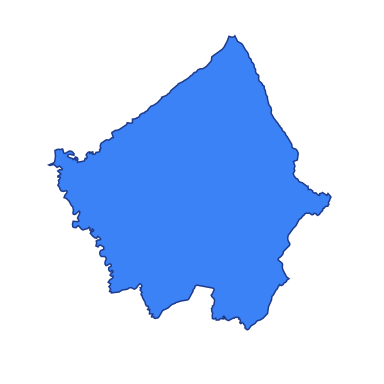 outline of Purbalingga, Jawa Tengah, Indonesia, rotated 79°
{"feature_id": "22746128B86887436396051", "entity_name": "Purbalingga", "entity_type": "district", "adm_level": 2, "iso_a3": "IDN", "parent_name": "Indonesia", "parent_adm1": "Jawa Tengah", "projection": "albers", "projection_center": [109.403, -7.327], "detail": "fine", "context": "isolated", "style": "filled", "palette": "blue", "viewbox_px": 384, "rotation_deg": 79, "n_neighbors": 0, "source": "geoboundaries", "source_scale": "gbopen_adm2", "svg_char_len": 6018}
<svg xmlns="http://www.w3.org/2000/svg" viewBox="0 0 384 384"><g transform="rotate(79 192 192)"><path d="M300.7,124.5L299.6,123.8L300.9,122.3L300.4,120.3L298.8,119.0L298.6,117.5L297.5,116.1L296.8,116.1L295.6,113.3L294.0,114.9L292.6,115.6L285.4,117.7L283.0,117.7L280.2,116.9L279.2,117.1L274.9,120.5L273.1,119.1L272.8,117.9L271.5,115.9L269.9,114.4L267.8,113.5L262.9,106.3L261.2,105.9L258.2,106.9L256.2,107.0L253.1,106.0L247.4,100.0L244.8,96.3L239.5,92.1L238.7,90.1L236.8,88.0L236.3,86.7L235.1,85.6L234.6,84.1L235.2,80.6L237.0,79.0L237.3,78.0L237.1,77.0L236.2,76.2L236.3,75.6L236.8,74.7L238.9,73.4L238.4,71.4L236.1,69.0L236.0,68.3L234.5,66.9L234.2,67.1L233.1,66.4L233.1,65.4L231.7,63.8L231.8,61.3L231.1,61.1L230.3,60.0L228.5,60.2L225.9,58.1L225.0,58.1L223.9,56.7L223.2,56.6L219.4,58.8L221.1,60.3L217.4,64.0L217.9,64.8L217.9,66.9L218.5,67.3L219.5,67.3L219.6,67.9L218.9,68.9L216.4,70.6L216.6,71.6L216.0,72.5L215.0,73.4L213.8,73.5L212.0,75.2L211.8,77.4L208.5,77.0L208.5,77.9L204.0,81.9L202.5,84.8L199.3,85.9L198.8,87.0L195.9,88.7L193.1,89.1L190.6,87.0L188.8,87.4L186.2,86.0L181.4,86.6L180.7,82.5L174.6,80.4L173.6,80.4L171.3,81.0L169.7,81.9L168.5,84.3L167.1,85.2L164.2,85.0L155.8,88.0L153.7,89.2L152.5,89.1L150.7,90.0L149.8,91.0L147.7,91.8L146.7,91.7L145.2,93.0L143.5,93.3L143.0,94.1L141.7,94.2L135.2,97.6L130.1,99.2L129.0,99.2L127.1,98.4L124.1,98.4L121.3,99.8L117.9,100.1L113.9,100.1L113.1,99.8L110.0,100.9L106.4,100.7L103.7,101.4L102.4,100.9L101.4,101.3L100.5,102.5L99.7,102.3L98.0,103.1L96.0,104.9L93.0,105.0L91.5,104.4L90.0,104.4L88.0,106.3L85.9,106.7L84.2,106.2L81.3,107.1L78.8,106.9L77.2,107.5L76.1,108.5L72.7,108.8L71.0,110.3L67.0,110.5L65.6,110.9L62.5,112.5L57.5,114.1L55.7,115.1L52.9,118.5L47.0,120.1L47.5,120.5L47.8,122.5L47.2,124.4L46.2,126.0L50.3,128.4L55.8,132.8L57.6,134.9L63.0,146.7L67.1,148.1L71.5,153.9L73.0,157.7L72.7,161.1L73.3,163.1L75.0,164.9L75.2,167.3L77.1,169.5L77.9,171.6L79.1,173.1L80.8,177.0L81.0,178.4L81.7,179.1L83.2,184.9L84.0,185.5L88.4,193.4L90.7,195.3L90.9,196.6L92.3,198.5L93.2,203.6L93.6,203.4L94.5,204.4L97.9,209.1L99.6,213.4L99.9,215.9L102.6,219.5L103.6,220.1L104.3,222.7L105.1,223.3L105.3,226.0L106.3,228.4L107.9,229.3L108.8,231.3L108.7,232.4L109.3,233.4L109.1,236.6L112.7,237.2L112.8,239.7L111.9,241.2L111.7,242.5L113.3,243.2L116.7,251.3L117.1,253.3L116.9,255.5L118.2,259.1L118.7,259.5L123.5,258.8L123.6,260.6L125.2,263.4L124.5,265.6L124.6,266.7L126.8,271.9L128.9,273.2L131.3,273.4L131.5,273.1L132.7,274.5L133.3,274.1L135.0,275.7L134.8,278.7L136.3,279.8L136.3,281.8L135.7,282.1L135.5,281.7L133.7,281.8L133.7,283.3L134.6,283.3L134.6,284.9L133.1,284.9L133.2,286.3L134.6,288.3L135.7,288.9L137.4,288.2L138.3,288.5L139.2,289.2L138.5,290.4L141.0,291.7L141.0,298.7L139.6,298.5L138.7,299.1L138.6,297.9L136.9,297.9L136.1,298.4L135.7,299.2L138.0,300.3L137.2,300.8L136.1,300.5L137.5,302.5L136.4,302.9L134.6,306.0L133.2,307.4L132.1,306.7L131.6,304.9L133.4,300.9L131.9,300.5L129.4,302.1L128.5,303.8L128.5,305.0L130.0,309.3L129.1,310.5L125.3,310.7L124.9,311.3L125.4,313.0L124.7,314.2L124.5,316.3L125.1,318.6L130.9,319.2L136.1,321.0L137.1,322.4L138.1,327.4L138.8,326.5L138.7,322.3L142.1,319.7L141.3,317.1L144.4,314.9L145.4,315.4L144.8,317.7L145.8,319.8L149.3,317.3L149.8,317.7L150.8,320.7L151.7,320.8L152.1,318.8L152.7,318.5L154.1,319.4L155.0,320.9L157.7,320.7L159.7,322.4L162.2,321.2L164.5,320.9L166.0,320.2L166.9,318.0L166.7,315.1L167.4,314.5L169.1,315.2L170.9,317.4L173.1,318.7L174.2,316.7L177.5,314.4L182.3,313.0L183.9,311.8L187.4,311.9L189.9,312.9L191.2,312.7L191.7,311.6L191.6,310.8L189.2,306.5L190.0,306.0L191.2,306.1L195.7,309.4L198.2,308.6L199.1,308.8L199.3,309.8L198.0,314.2L200.8,315.5L203.5,315.6L204.5,314.3L204.8,312.5L203.3,310.4L203.5,309.8L207.6,307.4L208.4,306.4L207.9,301.0L206.9,299.9L207.1,299.4L207.8,299.1L209.9,299.5L210.8,299.1L210.9,298.3L209.2,296.9L210.6,295.8L211.4,296.2L212.4,299.0L213.1,299.7L216.8,297.6L218.5,296.0L219.2,294.4L217.7,293.2L217.8,292.5L220.2,290.8L221.0,290.7L221.4,291.3L221.2,293.8L221.9,295.4L223.6,295.3L226.7,296.6L228.0,294.7L226.5,293.0L226.6,292.0L229.1,289.2L231.4,289.5L232.0,292.7L232.9,293.6L234.4,294.2L236.1,294.2L237.4,293.8L238.2,292.7L238.7,289.8L240.8,288.8L241.4,288.7L242.8,290.0L245.0,291.0L246.3,291.1L247.7,290.6L247.9,289.7L246.8,286.6L247.4,285.5L248.4,285.2L249.3,285.4L250.3,288.1L252.3,288.6L253.6,288.2L255.0,287.0L253.6,285.8L254.0,284.9L255.2,284.8L256.0,285.4L257.3,287.9L258.0,288.3L259.3,287.1L259.4,285.6L260.3,285.6L261.4,286.5L262.5,289.3L264.6,291.5L266.7,289.3L267.8,289.9L268.9,291.6L271.7,290.4L273.8,292.0L274.4,291.4L274.5,290.1L275.7,290.3L276.2,282.7L274.9,279.1L275.1,274.7L274.9,273.3L274.3,272.5L274.2,270.7L274.4,269.6L276.1,267.7L276.4,266.8L275.5,264.8L273.5,262.8L272.1,260.7L272.8,259.8L273.7,259.3L275.2,259.3L276.0,260.1L276.2,261.2L277.5,260.4L278.3,261.6L280.9,260.2L282.4,261.5L283.4,261.5L284.3,260.7L285.3,260.9L289.3,259.8L290.6,259.1L293.0,259.1L295.1,258.5L296.0,256.7L297.7,256.9L298.9,258.0L299.4,257.4L299.3,256.0L303.6,257.0L304.2,253.8L305.0,253.9L306.1,255.4L306.9,255.5L307.3,253.3L308.7,253.1L309.1,252.0L309.1,249.6L308.4,248.4L302.8,243.5L301.3,237.7L298.6,233.3L298.0,229.7L297.5,229.0L296.9,223.5L297.1,217.2L296.7,215.8L289.4,209.8L288.4,209.7L286.6,207.6L285.1,207.0L284.3,205.1L290.3,189.8L291.5,188.9L292.3,189.0L295.9,191.6L296.9,192.9L298.7,192.4L300.9,190.8L302.8,190.5L307.1,192.1L307.9,193.7L309.4,193.9L310.1,195.1L313.3,195.3L314.8,194.8L316.6,195.6L320.1,196.1L320.9,194.6L320.4,192.8L322.3,192.7L322.8,189.9L321.6,188.2L322.5,185.9L322.6,184.6L321.9,184.2L321.2,185.6L320.5,185.4L319.9,184.4L321.7,183.3L323.6,183.0L325.2,180.7L323.7,175.7L323.9,174.6L323.3,173.8L323.9,170.3L324.4,169.9L325.6,170.4L325.9,169.3L328.3,169.0L329.0,169.9L329.7,169.9L330.5,169.2L329.8,167.8L330.3,167.0L333.7,165.4L335.5,166.0L337.8,164.2L337.4,162.5L334.7,159.6L332.9,154.9L331.0,153.0L330.5,149.0L329.4,146.3L325.7,141.0L319.2,138.8L313.2,134.6L309.8,133.5L308.5,131.7L304.5,128.4L303.2,126.6L301.6,125.7L300.7,124.5Z" fill="#3b82f6" stroke="#1e3a8a" stroke-width="1.5"/></g></svg>